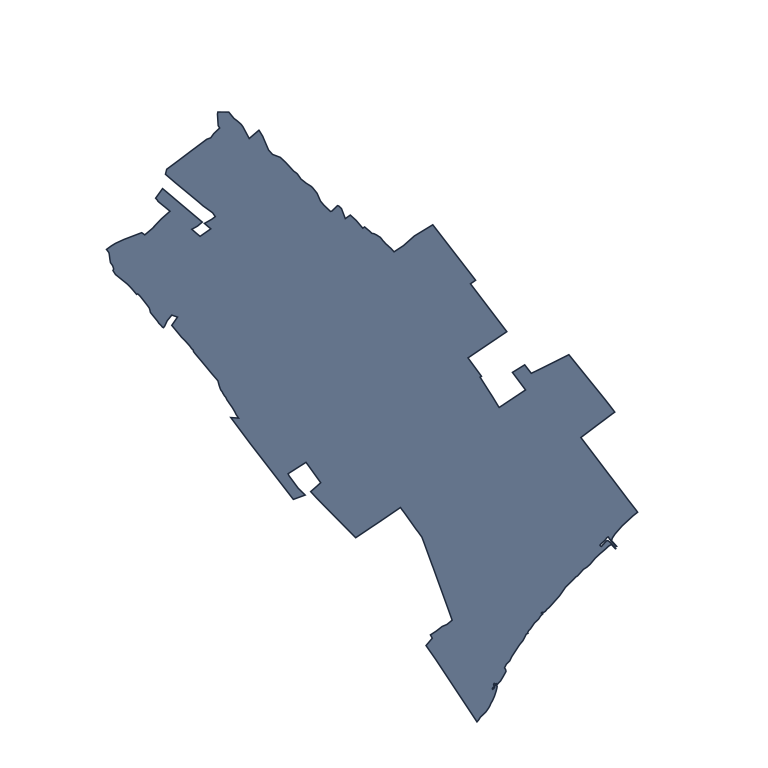 Yobaín, Yucatán, Mexico, rotated 138°
{"feature_id": "50627088B68824645549174", "entity_name": "Yobaín", "entity_type": "district", "adm_level": 2, "iso_a3": "MEX", "parent_name": "Mexico", "parent_adm1": "Yucatán", "projection": "equal_earth", "projection_center": [-89.114, 21.287], "detail": "fine", "context": "isolated", "style": "filled", "palette": "slate", "viewbox_px": 768, "rotation_deg": 138, "n_neighbors": 0, "source": "geoboundaries", "source_scale": "gbopen_adm2", "svg_char_len": 4852}
<svg xmlns="http://www.w3.org/2000/svg" viewBox="0 0 768 768"><g transform="rotate(138 384 384)"><path d="M308.8,562.3L307.9,565.1L306.1,570.5L305.7,577.4L305.8,579.4L307.5,585.4L308.6,592.1L308.4,592.9L307.8,598.1L308.0,599.7L308.7,602.7L308.7,603.7L308.7,607.5L308.8,614.6L309.4,621.8L310.9,624.7L313.2,629.2L313.2,635.1L309.2,646.9L308.4,649.1L307.1,656.0L307.1,656.3L318.4,656.6L319.9,656.6L316.7,669.5L316.4,672.5L317.0,677.7L317.8,681.8L317.4,689.9L325.5,697.3L327.2,696.0L333.3,688.3L334.4,686.9L334.8,684.2L342.9,684.0L348.0,682.9L352.0,684.5L371.8,686.3L388.2,687.7L401.8,689.0L406.1,686.1L404.4,673.0L400.0,643.4L399.3,637.5L397.8,630.6L396.8,625.9L397.4,621.3L401.9,621.7L410.0,623.5L409.4,618.7L409.0,616.2L408.9,615.2L421.9,616.8L422.6,621.8L423.3,627.6L419.2,626.6L416.8,626.1L410.7,625.9L414.7,654.8L416.6,668.8L417.8,677.4L429.4,674.9L429.4,672.1L429.7,671.4L429.6,669.8L427.4,655.6L438.9,655.7L449.5,654.9L449.5,654.7L452.2,654.6L462.0,654.9L462.8,658.6L480.4,665.4L489.4,668.2L494.2,669.1L500.2,669.7L500.5,665.9L501.2,664.5L504.4,659.9L506.1,657.2L506.5,653.5L507.5,651.2L508.0,650.3L509.5,649.7L510.3,645.0L507.9,630.0L507.7,626.5L507.7,622.9L507.9,616.1L506.9,615.9L506.6,615.1L506.5,612.4L506.7,608.8L507.3,600.4L507.6,597.6L508.4,595.8L509.7,593.5L509.8,592.2L510.0,588.3L510.3,582.2L510.7,579.8L510.5,576.8L510.6,574.5L510.2,573.4L508.4,573.7L502.7,576.1L495.6,577.2L492.7,571.9L495.7,571.2L502.5,569.6L503.0,557.8L503.1,555.5L503.2,554.3L502.9,549.6L502.9,544.9L502.9,542.3L503.3,539.1L503.1,536.8L503.9,535.5L504.1,532.6L504.3,526.2L504.7,515.7L504.8,513.4L505.1,506.8L505.2,500.1L505.3,497.5L507.5,493.2L508.8,490.2L509.3,488.7L509.5,486.3L509.9,485.1L510.5,481.9L510.5,480.1L511.4,477.0L511.6,474.9L511.8,473.9L512.5,468.0L513.6,462.7L514.3,460.4L514.9,456.0L520.3,461.6L523.3,429.2L528.6,358.9L516.9,354.2L517.5,364.0L516.0,379.3L515.3,381.5L494.4,378.0L494.9,372.7L495.2,370.2L497.1,353.0L503.6,353.0L510.5,353.1L510.4,344.5L510.0,334.4L507.9,288.7L496.2,287.0L489.0,286.0L483.1,285.1L471.5,283.5L465.5,282.7L454.4,281.2L454.8,278.1L454.9,276.2L455.2,273.3L455.9,267.3L457.4,254.4L457.6,251.2L458.0,247.8L458.3,244.9L460.4,239.5L469.2,217.7L470.4,214.5L475.5,202.0L487.0,173.6L491.4,162.9L498.1,163.2L503.0,164.9L510.3,165.4L517.4,166.5L518.2,162.8L527.8,161.5L529.9,144.6L536.1,103.3L538.5,87.2L541.0,70.7L540.1,70.8L538.5,71.0L535.3,71.9L531.2,72.0L527.8,72.1L523.3,73.1L520.6,74.0L518.3,75.1L515.2,76.1L510.9,78.0L506.2,80.7L503.5,82.5L502.1,83.7L502.3,85.2L502.8,85.5L503.4,85.7L503.7,85.6L504.0,85.4L504.5,85.0L505.0,84.5L505.9,84.3L506.8,84.3L507.5,84.3L507.5,84.9L507.1,85.3L506.7,85.2L506.2,85.5L505.3,85.4L504.3,85.7L504.0,86.7L503.5,87.5L503.0,87.7L502.4,87.8L502.3,87.6L502.3,87.3L502.4,86.9L502.0,86.6L501.6,86.5L501.1,86.2L502.0,85.6L502.1,84.8L500.0,85.0L498.3,85.2L496.1,85.3L491.2,86.8L486.6,88.4L486.0,88.6L485.5,88.9L484.6,90.6L484.4,92.4L480.5,93.9L475.8,94.1L471.4,95.9L467.6,96.9L462.3,98.3L459.4,99.1L457.3,99.6L452.5,100.3L449.7,101.3L445.7,102.9L443.8,102.4L443.6,103.1L441.5,103.9L439.1,104.0L432.1,105.7L426.5,105.8L422.9,106.8L421.4,106.9L420.8,106.9L419.9,106.9L420.2,107.9L420.3,108.5L419.5,108.6L419.1,108.5L419.0,108.1L418.2,107.4L416.1,107.1L413.3,107.6L411.5,107.4L408.8,107.6L395.3,109.1L391.8,109.9L385.1,111.5L374.0,112.0L370.3,112.3L370.2,112.2L369.3,112.0L368.7,111.9L368.2,111.9L359.8,112.8L355.8,112.1L351.3,112.1L343.6,113.2L337.2,113.3L329.7,113.1L325.6,113.2L323.4,112.8L322.4,112.5L322.3,106.7L321.9,106.6L321.8,108.3L321.9,112.3L321.9,114.3L322.0,115.8L322.4,117.8L323.1,118.2L323.7,118.6L324.4,118.4L325.1,118.4L326.5,118.3L327.8,118.1L329.0,118.1L330.7,117.8L331.2,117.8L331.4,118.1L331.5,119.4L331.4,119.7L330.9,119.9L329.8,120.0L327.8,120.0L325.4,120.0L323.1,120.2L321.8,120.6L321.2,120.6L320.0,120.5L319.6,120.2L319.7,119.6L319.8,119.4L319.9,119.0L320.0,118.5L320.2,117.6L319.9,117.3L319.9,116.8L320.2,116.2L320.3,115.6L320.3,114.3L320.2,107.9L319.7,107.7L319.7,115.3L318.4,116.1L317.4,116.7L312.8,117.9L307.1,118.6L301.9,119.2L293.9,119.3L287.3,119.4L281.3,119.0L281.0,121.9L280.1,134.6L279.7,138.9L277.7,162.2L277.5,165.2L275.2,192.3L273.5,212.5L253.6,210.8L242.8,209.8L234.7,209.1L231.3,208.7L230.7,215.9L230.1,224.2L228.9,246.9L227.0,282.1L256.7,290.3L267.4,293.4L266.6,304.1L280.8,306.7L282.8,284.9L314.1,289.5L313.9,291.1L311.8,302.1L310.7,309.0L308.0,324.8L306.4,324.5L304.1,347.2L257.7,340.7L252.7,400.6L246.5,399.8L241.2,469.7L262.4,473.7L276.9,473.8L284.0,474.9L288.1,475.5L288.1,480.4L288.4,482.5L288.5,484.2L288.9,487.4L288.8,488.8L288.9,491.5L288.7,493.0L288.6,495.5L289.1,497.1L289.7,499.5L290.9,502.5L292.2,504.1L292.4,507.4L292.6,508.5L293.3,513.7L295.5,514.0L295.2,524.2L296.0,532.1L302.1,532.8L298.2,542.8L298.5,546.5L299.2,547.7L307.1,547.4L307.7,547.7L308.3,548.0L309.0,557.2L308.8,562.3Z" fill="#64748b" stroke="#1e293b" stroke-width="1.5"/></g></svg>